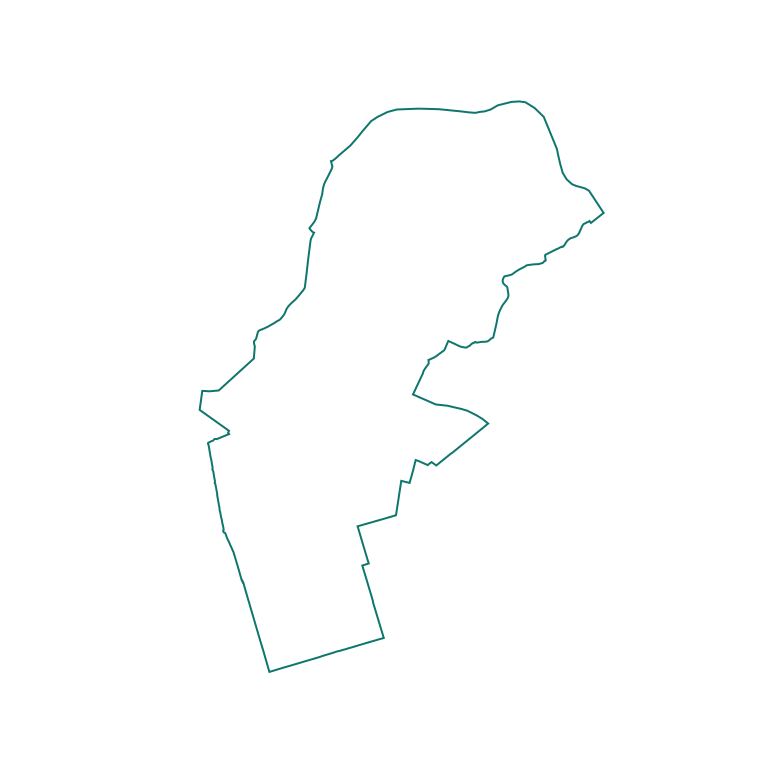 outline of Bordusani, Ialomita, Romania, rotated 283°
{"feature_id": "2599482B85450096511217", "entity_name": "Bordusani", "entity_type": "district", "adm_level": 2, "iso_a3": "ROU", "parent_name": "Romania", "parent_adm1": "Ialomita", "projection": "albers", "projection_center": [27.95, 44.468], "detail": "fine", "context": "isolated", "style": "outline", "palette": "teal", "viewbox_px": 768, "rotation_deg": 283, "n_neighbors": 0, "source": "geoboundaries", "source_scale": "gbopen_adm2", "svg_char_len": 6122}
<svg xmlns="http://www.w3.org/2000/svg" viewBox="0 0 768 768"><g transform="rotate(283 384 384)"><path d="M600.1,559.5L618.5,540.2L619.9,535.2L620.2,526.7L621.0,522.2L624.5,515.9L630.0,510.6L638.2,506.1L645.8,502.4L651.9,499.6L680.2,479.6L686.8,468.7L690.3,458.5L689.8,452.4L687.6,444.9L681.2,432.3L675.4,426.1L672.2,420.6L670.7,416.2L668.8,412.2L667.8,405.8L667.0,398.2L664.1,375.7L662.6,368.1L660.0,355.4L654.3,334.6L649.8,326.2L642.6,317.4L637.2,312.3L625.7,306.3L617.5,302.3L608.8,297.6L597.0,288.9L592.6,285.9L589.9,283.6L589.2,282.2L584.2,284.8L581.4,284.6L571.6,282.2L567.0,281.0L564.1,280.6L560.4,280.6L554.7,281.1L547.2,280.7L530.0,280.6L526.5,279.7L519.0,276.3L518.3,276.9L516.6,279.3L516.1,280.3L515.8,280.9L515.7,281.7L515.7,281.8L509.2,280.2L506.8,280.2L487.1,282.2L475.2,283.6L460.7,285.1L460.2,285.1L459.4,285.0L458.5,284.7L456.5,283.9L454.2,282.7L451.5,281.4L448.1,279.6L447.3,279.2L446.3,278.6L442.2,275.7L440.4,274.6L438.5,273.5L437.4,273.0L435.1,272.2L434.8,272.1L433.4,271.9L431.2,271.5L429.8,271.2L428.8,270.9L426.9,270.0L424.3,268.7L424.0,268.5L423.4,268.1L423.0,267.8L422.8,267.6L421.4,266.0L420.8,265.3L419.0,263.7L415.6,260.0L414.1,258.4L411.1,254.7L408.7,251.2L408.2,250.6L407.9,250.3L407.6,250.0L406.9,249.6L406.4,249.5L405.8,249.4L405.0,249.4L401.5,249.3L399.4,249.2L399.1,249.1L398.7,249.0L397.9,248.6L396.7,247.9L396.4,247.8L396.2,247.8L395.9,247.8L395.6,247.9L394.8,248.1L394.2,248.3L393.4,248.7L391.6,249.6L391.4,249.7L385.2,250.6L379.9,251.3L379.6,251.5L340.5,224.4L337.6,215.5L337.3,213.8L337.0,211.7L336.4,208.5L317.3,210.2L303.5,243.5L301.4,243.0L300.4,244.3L292.7,233.5L292.6,232.9L292.6,232.6L292.5,231.9L292.3,231.3L291.9,231.0L291.2,230.7L290.6,230.4L289.5,228.8L288.5,227.6L287.1,225.9L286.2,225.9L285.8,226.4L283.5,227.5L277.4,230.0L273.5,231.6L270.9,232.9L263.5,236.0L262.9,236.0L262.4,235.9L262.0,236.0L261.8,236.2L261.2,236.8L260.4,237.3L258.5,238.1L256.2,239.0L253.4,240.2L252.1,240.8L251.1,241.2L250.6,241.3L249.8,241.3L249.4,241.3L249.3,241.5L248.9,241.9L248.5,242.2L243.1,244.6L238.6,246.5L237.8,246.5L237.1,246.8L236.1,247.4L234.9,247.8L230.8,249.6L227.0,251.2L226.1,251.7L225.5,251.8L224.9,251.9L223.4,252.5L222.6,253.1L218.1,255.0L214.9,256.6L212.0,257.8L210.1,258.8L207.9,259.8L205.8,260.6L205.5,260.5L205.0,260.3L203.4,261.1L203.3,261.5L203.3,262.1L203.2,262.5L202.9,262.9L200.2,264.7L198.8,265.6L197.5,266.6L194.5,269.0L192.8,270.2L192.0,270.8L191.3,271.4L188.5,273.5L187.9,273.9L187.3,274.3L186.6,275.0L174.2,282.1L160.6,289.6L160.8,290.0L158.8,291.1L159.0,291.5L149.2,296.9L106.3,321.0L97.1,326.3L85.0,333.0L77.7,337.1L82.7,345.8L86.0,351.6L88.2,355.6L92.1,362.5L96.2,369.7L103.8,383.2L105.2,385.3L109.2,392.3L109.9,393.5L111.4,396.1L112.4,397.6L113.1,398.9L113.9,400.7L114.5,401.8L116.3,404.9L117.1,406.6L118.2,408.3L119.1,410.0L120.6,412.7L124.3,419.1L129.6,428.5L136.5,440.9L169.0,422.3L169.7,422.2L172.2,420.8L174.2,419.7L189.1,411.2L193.0,409.0L202.2,403.7L202.3,403.7L203.5,405.8L204.9,408.3L205.7,409.5L209.6,407.2L239.4,390.3L252.3,413.6L258.5,424.7L258.8,424.7L259.0,425.2L293.5,422.6L293.4,431.2L306.6,431.8L314.2,431.9L317.0,432.0L316.8,434.6L316.5,436.3L316.2,437.6L315.8,439.8L314.8,444.9L315.3,445.1L315.6,445.3L318.6,447.9L316.4,453.3L331.3,464.9L331.6,465.4L351.6,481.0L368.9,494.4L372.1,487.8L374.3,481.2L376.7,471.2L377.1,464.9L377.1,450.6L375.7,439.1L380.3,414.6L403.5,419.6L403.8,419.6L404.1,419.5L404.5,419.5L405.2,419.6L406.1,419.8L406.3,419.9L408.0,420.4L409.1,420.9L410.6,421.5L412.0,422.2L413.0,422.6L413.6,422.8L414.2,422.8L414.6,422.8L416.0,422.4L416.9,422.1L417.4,421.9L417.8,422.5L418.1,423.0L418.7,423.6L419.2,424.4L419.6,424.9L420.7,426.4L422.5,428.3L422.9,428.7L423.2,429.0L424.4,429.9L425.8,431.1L429.3,434.1L430.2,434.9L430.7,435.2L431.0,435.3L440.2,436.9L440.4,437.0L439.5,441.3L439.3,442.4L438.6,445.5L437.8,449.2L437.7,449.9L437.7,450.4L437.6,451.6L437.7,452.7L437.7,453.6L437.7,454.2L437.8,455.2L437.9,455.7L438.1,456.1L438.5,456.7L439.3,457.4L439.7,457.8L439.9,458.1L440.3,458.5L440.6,458.9L440.9,459.2L441.5,459.4L442.2,459.9L442.5,460.2L442.8,460.4L443.7,461.2L443.9,461.5L444.1,461.8L444.5,462.6L444.7,462.8L444.9,462.9L445.3,463.1L445.5,463.4L445.5,463.7L445.5,463.9L445.3,464.3L445.2,464.5L445.1,464.9L445.2,465.1L445.7,466.4L446.8,469.0L447.4,470.9L447.6,472.0L447.8,472.8L448.5,474.6L448.9,475.3L449.9,476.4L452.2,478.0L453.9,480.0L462.3,480.0L468.0,480.0L472.4,479.8L476.3,479.7L477.3,479.8L480.3,480.1L486.1,481.4L487.9,482.0L492.3,484.0L494.5,484.9L496.1,485.3L496.7,485.4L497.0,485.4L498.2,485.3L499.5,485.0L502.9,483.6L505.9,482.4L506.5,481.9L507.9,479.0L508.7,477.9L509.0,477.6L510.1,476.9L510.7,476.6L511.2,476.4L511.7,476.3L512.3,476.3L512.9,476.3L513.9,476.5L515.4,476.9L515.7,477.0L515.9,477.2L516.1,477.4L516.3,477.9L517.5,480.3L518.0,481.4L518.8,482.8L519.4,483.8L520.3,484.7L522.9,486.9L525.8,489.8L527.1,491.3L530.2,495.0L531.0,495.6L531.6,496.1L532.4,497.9L533.0,499.4L534.3,503.1L535.2,506.3L535.6,507.7L535.8,508.1L536.1,508.7L536.8,509.7L537.1,510.4L537.3,510.8L537.4,511.0L537.5,511.2L538.0,511.6L538.3,511.8L538.5,512.0L539.6,512.5L539.9,512.8L540.1,513.3L540.3,513.5L540.5,513.6L540.9,513.7L541.3,513.7L541.6,513.5L541.9,513.2L542.2,513.1L542.7,513.0L543.1,512.9L543.5,512.8L543.8,512.7L544.6,512.2L545.1,512.1L545.4,512.1L545.7,512.1L546.1,512.1L546.3,512.2L546.4,512.3L546.8,512.9L548.7,515.2L550.7,517.6L553.2,520.6L553.6,521.2L554.0,521.5L554.7,522.5L554.8,522.8L556.6,524.8L557.9,526.5L557.6,526.8L557.7,527.0L557.8,527.2L557.9,527.3L558.2,527.6L558.8,528.0L559.5,528.4L560.3,528.7L561.7,529.2L563.0,529.6L564.2,530.1L564.9,530.4L565.9,531.1L566.8,531.9L567.5,532.6L567.9,532.9L568.1,533.2L568.3,533.5L568.5,533.9L569.5,535.6L570.6,537.2L571.1,537.8L571.4,538.2L571.9,538.6L572.2,538.9L572.9,539.3L573.6,539.6L574.2,539.9L575.3,540.2L576.0,540.3L578.2,540.7L578.3,540.8L578.6,540.9L579.1,541.0L579.4,541.1L581.4,541.3L582.3,541.5L583.7,542.0L584.3,542.3L584.7,542.5L585.0,542.8L585.6,543.5L585.8,543.9L586.0,544.3L586.4,544.6L586.8,544.9L587.1,545.2L587.3,545.6L587.5,546.0L587.8,546.4L588.5,547.2L589.0,547.5L587.5,549.4L600.1,559.5Z" fill="none" stroke="#0f766e" stroke-width="2"/></g></svg>